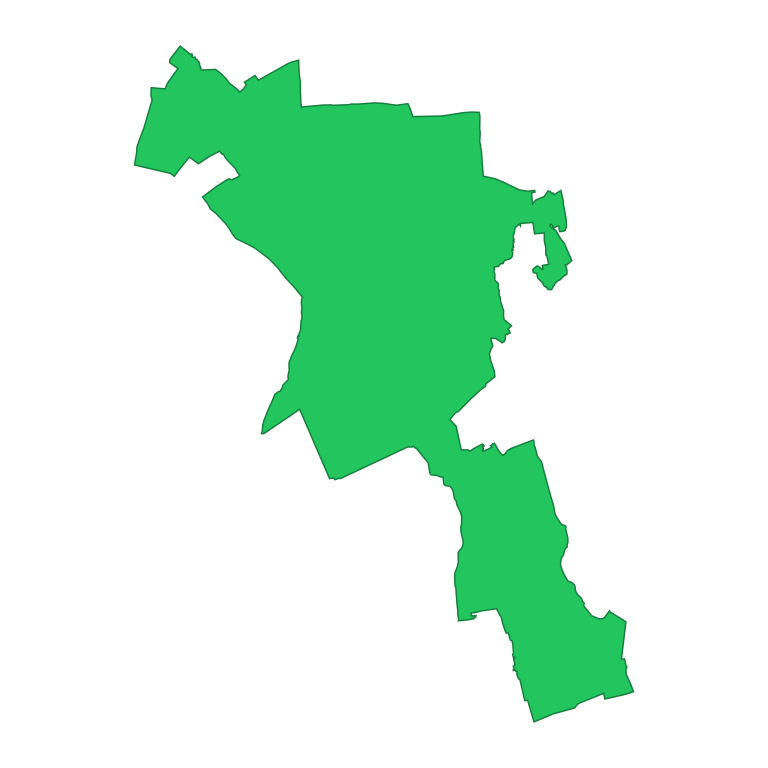 Balabanesti, Galati, Romania
{"feature_id": "2599482B66378466198707", "entity_name": "Balabanesti", "entity_type": "district", "adm_level": 2, "iso_a3": "ROU", "parent_name": "Romania", "parent_adm1": "Galati", "projection": "orthographic", "projection_center": [27.746, 46.074], "detail": "fine", "context": "isolated", "style": "filled", "palette": "green", "viewbox_px": 768, "rotation_deg": 0, "n_neighbors": 0, "source": "geoboundaries", "source_scale": "gbopen_adm2", "svg_char_len": 6063}
<svg xmlns="http://www.w3.org/2000/svg" viewBox="0 0 768 768"><path d="M633.5,691.7L630.6,683.9L626.3,674.7L625.8,669.2L626.6,668.3L626.7,666.8L625.9,665.2L624.5,658.9L621.4,659.3L625.9,621.8L610.1,611.9L609.6,610.8L604.6,617.4L602.6,618.6L599.9,619.1L591.9,615.9L583.6,605.8L584.2,603.6L583.7,602.4L582.4,601.4L581.6,598.5L577.7,594.7L576.3,592.5L575.5,590.7L575.1,586.9L574.1,584.6L571.5,582.3L568.0,581.2L564.1,574.4L562.3,570.4L560.9,566.3L560.5,563.6L561.1,559.5L561.8,557.5L563.3,555.3L564.9,549.5L565.8,548.2L567.0,547.4L567.3,543.7L567.9,542.7L567.8,538.1L565.7,529.1L566.0,526.7L565.6,525.9L561.5,524.5L556.4,516.7L554.9,513.2L553.5,505.5L549.8,493.0L541.4,461.5L537.5,456.5L535.2,447.6L534.1,445.1L533.9,441.0L533.4,440.0L511.2,448.4L507.5,450.5L505.1,453.7L503.0,455.3L501.6,454.3L498.5,450.5L494.5,443.3L493.0,443.6L493.1,444.1L490.5,445.7L491.9,447.3L483.1,451.5L482.4,450.3L483.5,449.5L483.4,448.9L483.2,448.3L482.7,448.4L482.2,447.1L484.1,446.2L483.3,444.7L482.7,444.9L482.3,444.1L473.3,448.8L469.9,451.3L469.0,450.3L467.0,449.9L461.2,449.8L456.2,426.3L449.9,419.5L455.5,412.7L458.3,411.5L471.3,398.4L481.3,389.2L485.3,386.6L486.0,383.8L494.9,376.7L494.4,371.4L490.7,360.5L489.4,353.8L491.2,348.3L492.8,346.2L490.8,338.3L495.5,338.4L500.7,341.6L501.9,342.8L504.1,341.7L504.9,340.4L505.4,338.0L505.5,335.1L506.6,333.9L507.3,334.6L508.5,333.5L510.2,332.9L509.3,330.5L508.1,329.2L511.5,325.6L504.1,319.7L503.4,314.9L503.7,311.0L500.7,301.8L500.1,298.4L500.3,297.5L499.6,296.3L499.0,292.9L499.3,290.6L498.1,289.1L498.3,283.5L494.7,280.1L494.9,274.7L494.0,272.0L494.4,269.4L494.2,267.8L494.5,266.8L497.6,266.6L497.8,266.1L498.5,266.4L500.5,263.8L503.1,263.5L503.5,262.1L505.1,260.2L509.5,259.1L511.1,257.9L512.4,256.0L512.7,252.6L511.9,251.1L512.2,250.3L513.2,250.0L512.2,248.7L513.7,247.5L513.6,246.9L512.8,246.2L513.4,245.4L513.0,244.2L513.2,243.1L514.2,242.0L513.0,240.4L514.1,239.9L513.2,237.6L513.2,235.5L513.8,234.6L514.5,231.9L515.1,227.6L519.4,224.1L520.4,225.8L520.7,223.4L532.9,222.5L534.6,233.8L544.3,233.0L544.3,240.8L545.7,247.2L545.8,255.0L546.7,255.3L548.8,264.3L542.5,265.4L542.9,269.4L541.7,269.2L541.0,268.3L537.7,266.1L536.7,266.1L532.9,269.3L532.9,270.9L533.3,272.6L536.8,273.4L537.3,276.6L538.0,278.3L542.9,283.2L543.5,285.3L545.5,287.0L546.2,286.7L548.1,289.6L551.6,289.6L553.4,286.0L554.4,285.3L554.6,284.2L555.7,282.7L558.6,280.2L559.7,280.1L564.1,275.8L566.5,274.6L567.0,273.8L566.9,269.5L565.3,264.7L566.6,264.9L571.8,260.7L564.2,243.1L560.8,239.1L555.7,230.2L552.2,228.6L549.9,225.3L550.5,224.3L551.6,224.7L552.4,225.5L553.3,227.6L554.0,227.9L556.5,226.3L558.0,225.9L558.8,226.3L559.3,227.5L559.0,228.0L559.6,231.2L560.7,231.6L564.4,230.9L565.2,230.3L565.3,229.1L566.5,227.0L566.0,218.1L563.2,203.3L563.5,202.9L562.9,199.1L560.8,190.5L554.5,194.5L553.6,194.4L553.0,193.0L551.5,193.1L550.9,192.8L550.3,191.5L548.1,190.9L544.2,196.5L535.8,200.0L532.7,203.8L532.2,202.2L531.6,192.8L535.0,192.1L534.7,190.5L527.7,191.2L519.2,189.9L504.1,182.5L494.9,178.7L483.2,176.1L481.3,149.8L480.4,147.3L480.7,145.1L479.7,142.3L480.2,132.8L479.7,129.0L479.9,116.3L479.2,112.3L470.2,112.1L463.2,112.7L442.1,116.0L412.8,116.6L410.0,108.3L407.9,103.7L396.4,105.2L382.3,103.3L374.1,102.9L358.1,104.1L351.1,104.1L348.7,104.7L332.7,105.3L331.5,104.9L322.8,105.1L301.5,107.0L300.9,103.1L300.4,90.8L300.4,82.5L299.1,72.8L298.6,60.2L291.2,62.2L287.6,63.8L258.3,80.3L255.2,75.6L254.1,76.1L244.4,82.2L246.5,84.7L242.8,89.5L239.8,92.1L237.5,89.5L229.4,83.2L227.0,79.8L221.4,73.9L215.5,69.4L201.5,70.1L200.5,68.7L200.8,67.7L199.4,65.0L199.7,64.0L198.9,62.7L198.9,61.6L197.4,60.7L197.1,59.7L195.7,59.0L194.9,57.1L192.7,57.3L191.6,56.4L192.5,55.5L191.9,53.9L190.4,54.3L180.2,46.1L170.2,59.0L169.7,60.9L170.1,61.8L169.7,62.7L178.0,68.6L168.8,81.2L166.9,84.4L165.2,88.9L151.2,87.7L151.0,95.8L152.1,100.2L143.8,128.2L138.8,141.4L136.8,147.7L136.9,149.8L136.2,155.4L134.5,165.0L170.5,173.4L174.3,176.4L178.2,170.9L189.4,157.1L198.4,163.8L209.1,156.6L219.7,151.1L221.7,153.9L223.7,154.7L225.2,157.5L228.4,161.4L235.2,168.3L237.5,172.6L239.7,175.1L238.7,176.4L235.9,178.1L233.7,178.7L232.1,180.0L229.5,178.9L228.1,179.1L216.6,186.4L202.5,197.0L207.7,203.8L210.3,208.9L216.3,213.8L225.6,223.6L229.1,228.3L232.2,233.7L235.2,237.6L236.6,238.9L248.3,244.5L255.3,248.4L268.8,258.6L277.5,267.5L284.7,276.9L294.1,287.0L302.5,297.3L301.7,299.3L301.3,303.7L301.9,307.1L301.4,312.7L302.0,315.8L301.8,318.7L301.1,320.6L300.6,329.8L298.8,334.7L298.7,336.2L297.6,336.1L297.5,338.3L298.3,338.8L295.7,347.3L291.2,356.8L290.9,358.6L289.4,361.0L289.0,364.1L289.2,370.5L288.3,373.9L288.0,377.0L288.3,379.5L282.8,385.3L282.1,387.9L280.2,391.2L278.2,391.8L274.9,394.4L271.3,403.2L269.2,407.3L263.9,420.5L262.7,425.6L262.2,431.4L261.5,433.6L264.0,433.5L299.7,409.3L329.6,478.7L333.9,477.9L334.7,479.7L339.7,478.1L340.3,478.6L405.9,447.8L407.8,447.0L412.5,447.0L413.7,446.4L415.2,448.0L416.4,448.3L428.3,463.0L429.7,472.5L430.2,473.8L431.2,474.8L437.4,475.6L440.3,476.9L443.1,477.1L443.8,484.0L445.2,485.6L449.9,486.2L451.8,488.6L453.1,490.9L454.4,498.7L456.5,501.6L456.6,504.2L460.4,512.1L461.6,516.3L461.6,523.3L460.9,526.7L460.9,531.1L463.1,541.2L463.1,544.4L462.1,547.3L458.6,551.8L458.1,553.1L458.3,562.2L457.5,566.2L455.0,572.7L454.6,576.6L455.1,586.1L455.8,587.6L457.0,603.7L457.8,610.6L457.9,615.5L458.7,620.0L458.4,620.8L468.2,619.8L473.9,618.7L474.2,617.7L475.6,617.2L476.0,615.5L472.5,616.2L472.3,615.7L471.3,615.8L471.3,612.9L475.3,612.6L481.5,610.9L496.5,608.7L501.5,618.1L502.7,623.4L505.2,631.0L505.8,631.0L506.1,633.1L508.1,632.8L508.5,634.5L509.4,635.0L509.2,635.8L509.4,637.3L510.5,640.2L511.8,640.6L512.7,643.0L513.5,653.3L512.6,654.3L513.3,657.1L514.5,656.8L514.8,658.3L513.6,658.6L514.8,664.4L514.4,664.5L514.6,665.6L513.3,666.2L514.3,669.5L513.3,669.8L513.3,670.5L515.5,669.9L516.0,671.4L516.8,671.3L517.3,673.3L516.7,673.6L517.0,675.0L518.5,678.8L519.7,679.4L520.1,680.3L524.8,700.7L527.6,700.2L534.0,721.9L553.1,713.9L574.9,707.8L577.4,704.3L579.7,703.0L603.7,693.3L604.9,699.0L625.8,694.2L633.5,691.7Z" fill="#22c55e" stroke="#15803d" stroke-width="1.5"/></svg>